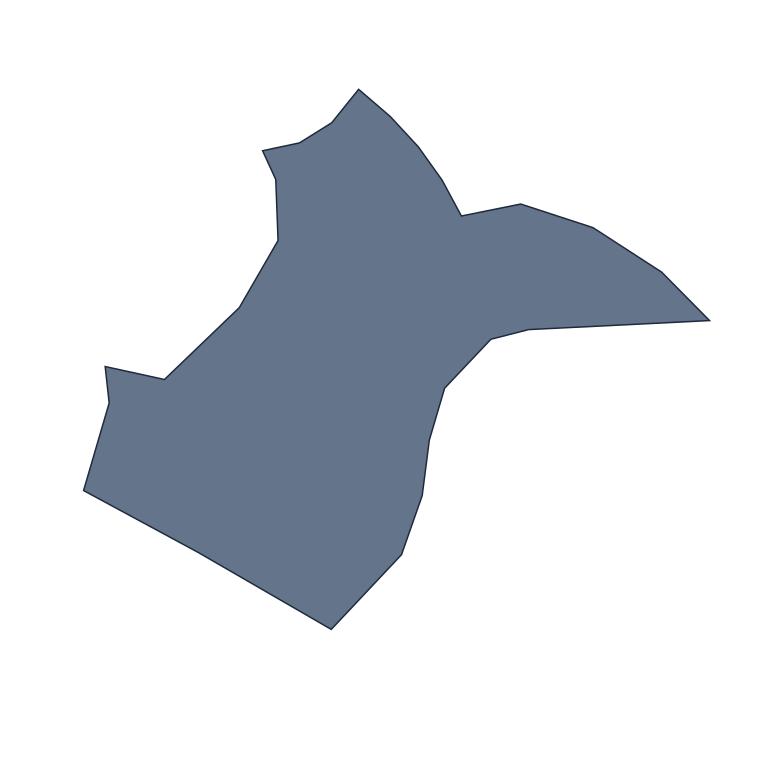 the Parish of Saint George, rotated 210°
{"feature_id": "GRD-5072", "entity_name": "Saint George", "entity_type": "Parish", "adm_level": 1, "iso_a3": "GRD", "parent_name": "Grenada", "parent_adm1": "", "projection": "mercator", "projection_center": [-61.72, 12.057], "detail": "fine", "context": "isolated", "style": "filled", "palette": "slate", "viewbox_px": 768, "rotation_deg": 210, "n_neighbors": 0, "source": "natural_earth", "source_scale": "10m", "svg_char_len": 507}
<svg xmlns="http://www.w3.org/2000/svg" viewBox="0 0 768 768"><g transform="rotate(210 384 384)"><path d="M605.8,525.3L577.8,550.5L559.9,584.1L553.3,626.5L512.4,618.8L473.0,606.6L435.6,589.6L401.0,568.2L355.6,608.2L281.2,623.9L199.5,619.7L133.8,601.7L286.0,503.4L313.8,476.2L329.4,410.7L316.7,358.1L295.1,306.4L283.5,245.0L307.0,145.1L460.9,145.2L590.9,141.5L612.5,230.1L634.2,259.7L576.4,278.1L547.5,377.8L547.5,455.3L580.0,507.0L605.8,525.3Z" fill="#64748b" stroke="#1e293b" stroke-width="1.5"/></g></svg>